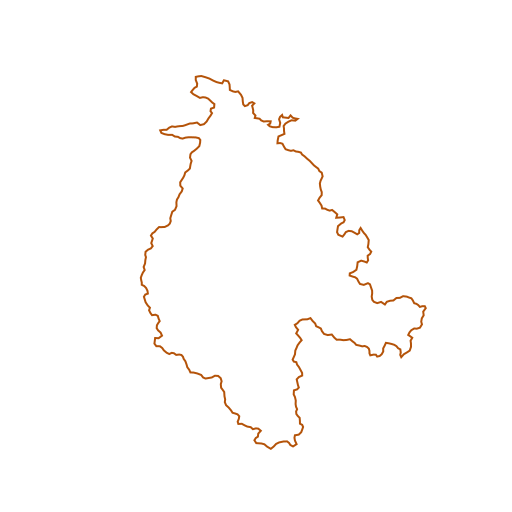 the district of Leopoldina, Minas Gerais, Brazil, rotated 64°
{"feature_id": "56859067B5344227565341", "entity_name": "Leopoldina", "entity_type": "district", "adm_level": 2, "iso_a3": "BRA", "parent_name": "Brazil", "parent_adm1": "Minas Gerais", "projection": "mercator", "projection_center": [-42.645, -21.545], "detail": "fine", "context": "isolated", "style": "outline", "palette": "amber", "viewbox_px": 512, "rotation_deg": 64, "n_neighbors": 0, "source": "geoboundaries", "source_scale": "gbopen_adm2", "svg_char_len": 6135}
<svg xmlns="http://www.w3.org/2000/svg" viewBox="0 0 512 512"><g transform="rotate(64 256 256)"><path d="M285.5,382.6L288.4,384.5L290.2,385.7L293.4,385.1L295.0,381.9L297.6,380.6L300.4,380.2L303.8,378.7L306.1,376.9L306.1,374.2L307.4,372.4L309.9,371.1L310.9,368.2L312.3,366.4L314.6,365.8L316.7,366.1L319.7,365.6L323.2,366.0L325.9,366.5L328.9,365.9L331.9,366.0L333.4,363.2L335.8,360.3L338.9,357.4L342.0,356.8L344.0,355.1L345.8,349.0L345.6,345.4L347.2,342.6L350.3,341.3L353.5,341.8L355.7,343.8L359.1,345.1L361.7,344.6L364.3,344.2L368.2,345.8L371.4,346.6L373.7,348.1L377.0,348.3L380.2,347.0L383.9,346.1L386.6,345.8L388.4,343.8L390.2,342.0L392.7,341.3L394.8,342.8L396.9,345.1L399.2,345.5L400.6,342.3L403.3,340.4L405.5,338.6L407.5,335.8L410.3,334.7L410.9,331.6L412.2,329.6L415.2,328.3L416.6,331.8L419.2,333.5L419.5,336.0L420.9,338.2L424.3,337.8L426.9,333.3L428.9,331.0L432.2,329.6L435.8,327.2L435.0,323.6L433.7,320.3L433.7,316.9L434.8,312.5L436.3,309.3L438.6,308.2L440.9,308.0L443.4,306.2L442.9,302.0L438.9,301.9L436.2,301.1L434.2,299.6L435.3,295.9L434.2,292.6L432.2,290.5L430.3,288.6L428.0,288.5L426.0,290.0L423.4,288.8L420.6,287.7L418.0,288.6L415.7,289.0L413.3,288.1L411.7,286.2L409.0,286.1L406.4,285.3L403.3,283.6L399.8,282.8L396.9,282.8L393.4,280.8L393.9,277.5L393.0,275.2L390.5,274.9L384.7,273.5L383.6,270.5L383.7,266.9L381.3,265.8L374.6,266.1L371.6,266.7L369.1,266.3L367.5,268.3L365.2,268.5L361.5,264.1L358.2,262.1L356.4,259.9L354.5,257.8L352.8,254.6L351.7,251.9L349.0,252.2L345.9,253.0L343.2,253.8L340.8,250.5L337.5,251.3L334.9,251.3L334.6,248.3L333.3,245.2L333.4,242.1L335.4,237.6L335.7,234.3L339.2,233.6L342.6,232.4L345.5,232.7L347.4,231.1L349.6,229.5L352.4,229.7L355.9,229.0L358.5,226.2L359.8,222.3L363.7,221.4L366.6,220.2L368.0,217.2L370.0,214.3L371.2,211.3L372.0,208.0L375.0,206.7L377.3,205.5L379.8,204.9L381.9,202.2L383.8,200.1L384.5,197.8L386.4,196.1L388.7,195.2L390.9,195.6L393.3,196.7L395.4,196.8L396.2,193.5L397.3,191.5L399.5,191.2L400.1,188.7L399.4,186.1L397.6,183.5L394.8,182.2L393.0,179.7L391.0,177.3L392.7,174.9L394.5,172.7L396.4,170.7L398.6,169.3L401.2,168.7L403.2,167.2L406.2,168.2L408.1,169.7L410.6,169.8L409.1,166.2L408.8,162.3L408.4,159.3L405.6,156.5L402.4,155.0L399.9,154.2L398.0,151.4L395.9,152.5L393.7,153.8L392.0,151.6L390.8,149.0L390.5,145.6L391.8,143.4L392.3,140.1L390.2,136.8L387.5,136.3L384.7,134.3L382.8,131.3L379.3,130.1L377.3,126.3L375.1,126.3L374.0,128.6L373.6,131.0L371.2,131.7L369.3,132.8L367.8,134.5L364.7,134.5L362.1,134.9L360.5,136.6L358.6,138.3L356.6,141.4L356.7,145.0L355.3,148.2L356.2,152.0L355.0,155.1L354.5,158.5L356.1,161.4L352.1,163.7L351.5,167.7L348.9,170.1L346.4,170.7L343.2,169.8L340.6,168.0L338.0,166.8L334.6,166.4L331.4,166.0L329.5,167.3L329.2,171.8L326.7,174.8L323.8,175.1L320.7,175.1L318.6,176.2L317.0,178.0L314.6,180.4L312.7,179.3L313.0,175.8L312.4,171.8L309.5,169.5L306.2,167.4L306.3,163.5L308.6,160.9L310.4,159.3L309.0,157.1L306.7,156.4L304.7,155.5L304.2,152.6L302.6,150.5L300.4,151.2L297.1,151.7L294.6,149.8L291.1,147.7L287.9,147.9L285.0,148.2L282.8,148.9L279.9,149.4L276.7,149.7L278.1,151.9L280.5,153.1L280.9,155.5L278.2,157.3L275.7,159.1L274.0,161.8L273.9,164.8L275.3,167.1L276.5,169.7L273.0,172.7L270.1,172.7L267.5,170.9L265.1,169.2L264.1,165.1L264.1,162.5L262.6,160.5L259.4,160.3L258.0,164.2L256.8,167.1L254.2,164.7L251.5,165.8L248.0,167.4L247.5,169.9L245.7,171.7L243.7,173.1L242.3,175.7L239.4,175.0L236.0,175.4L233.3,175.9L231.5,173.3L230.1,170.3L227.4,168.9L224.5,168.6L221.8,167.9L218.8,166.8L216.7,165.0L215.2,163.1L213.6,161.2L209.9,160.4L207.5,161.8L204.7,161.8L202.4,163.0L199.9,164.2L194.0,166.0L191.0,167.4L187.6,168.7L185.0,170.1L182.7,170.3L180.9,172.3L179.5,174.4L177.4,176.0L176.8,178.5L175.1,180.5L173.0,182.6L170.0,182.9L166.7,183.0L165.1,184.7L164.1,187.3L161.7,185.9L158.4,183.4L158.6,179.5L158.7,176.9L155.9,176.0L153.8,175.0L151.3,174.2L149.9,171.5L149.5,168.0L149.6,164.6L151.6,161.3L151.0,158.5L149.3,160.8L147.8,162.4L144.8,163.3L146.2,166.3L144.7,168.6L143.1,171.1L140.7,170.7L141.5,173.4L143.2,175.3L147.0,175.9L150.1,178.3L149.2,181.4L147.4,184.7L145.4,186.8L143.4,187.6L143.2,185.2L141.4,183.8L139.7,187.0L138.5,190.1L136.4,191.9L134.2,192.6L132.9,194.4L131.4,196.6L129.5,194.9L126.2,195.9L123.8,194.6L121.6,194.1L119.2,193.6L118.1,190.6L116.0,192.0L115.6,195.0L116.8,197.4L116.4,200.3L114.2,201.0L111.5,200.2L108.0,198.8L104.6,198.8L100.2,199.9L99.5,202.6L98.0,204.5L95.3,206.7L92.5,205.5L90.2,204.6L86.8,204.5L84.0,207.8L86.0,210.7L84.3,213.0L82.4,215.2L79.7,217.5L76.1,220.1L73.2,223.0L70.3,226.2L69.3,228.9L68.6,231.6L71.4,233.0L75.3,233.3L77.8,234.9L77.9,237.5L79.1,240.3L80.2,242.5L83.1,241.4L86.3,239.1L89.3,237.1L90.0,234.1L91.4,231.9L93.6,230.0L96.2,229.0L99.0,228.0L101.2,226.8L104.2,228.6L103.8,231.9L105.9,233.4L108.3,232.9L109.9,235.3L111.5,238.4L113.5,241.4L114.7,245.0L113.9,248.7L110.2,250.5L109.1,254.7L107.9,257.4L107.4,262.3L107.0,264.8L105.9,267.5L105.1,269.8L104.5,272.1L102.7,274.7L102.6,277.7L103.4,281.0L102.0,283.9L101.1,287.0L103.9,287.1L106.4,284.8L108.6,281.9L110.4,278.2L113.0,276.6L114.7,273.9L116.8,272.5L118.3,270.5L118.7,267.5L119.7,264.6L121.3,261.4L123.0,258.2L125.0,255.7L127.3,255.2L129.7,256.6L132.4,258.8L133.6,262.3L134.4,265.8L134.7,268.2L135.8,270.3L138.7,272.2L142.3,272.2L144.5,274.3L146.4,275.7L148.4,277.1L149.2,279.5L149.9,283.0L152.2,285.1L153.7,287.1L156.5,291.8L159.6,293.2L163.2,292.3L165.4,294.4L167.0,297.6L169.2,300.0L170.6,302.3L172.8,304.0L176.4,305.6L179.0,308.6L179.5,311.8L181.9,314.1L184.5,316.5L187.2,317.3L189.1,319.3L189.9,321.6L189.9,325.3L188.7,328.1L187.5,330.5L188.6,333.8L189.9,336.6L190.2,339.2L191.6,341.5L195.0,341.1L196.8,342.8L198.5,344.5L201.8,344.5L203.1,347.1L203.0,350.3L203.8,353.4L206.5,355.1L208.8,355.4L211.1,357.2L214.1,359.0L216.6,361.8L219.8,362.2L221.3,364.9L223.2,367.2L225.1,369.1L227.5,369.8L229.8,370.3L231.8,371.3L234.0,369.6L236.6,368.8L239.7,368.8L242.4,369.7L242.1,372.4L243.5,374.6L249.2,375.5L253.0,375.0L256.0,374.0L257.9,375.9L260.8,375.9L263.6,375.4L264.7,372.1L266.7,370.5L269.7,371.0L272.3,371.1L273.5,373.4L274.8,375.4L277.3,376.9L279.9,376.6L283.0,375.3L286.4,375.4L287.2,379.6L285.5,382.6Z" fill="none" stroke="#b45309" stroke-width="2"/></g></svg>